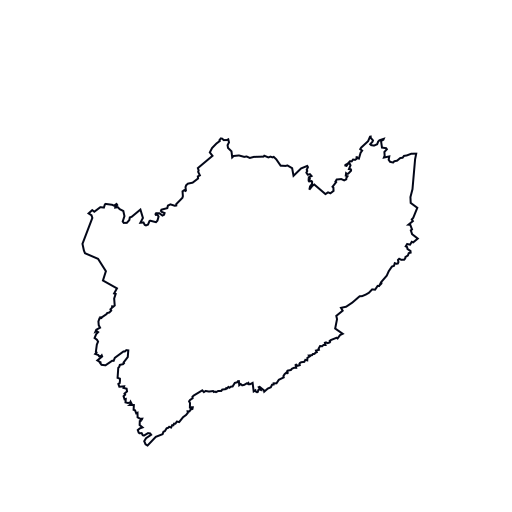 Nocupétaro, Michoacán, Mexico, rotated 240°
{"feature_id": "50627088B79738723822926", "entity_name": "Nocupétaro", "entity_type": "district", "adm_level": 2, "iso_a3": "MEX", "parent_name": "Mexico", "parent_adm1": "Michoacán", "projection": "equal_earth", "projection_center": [-101.218, 19.078], "detail": "fine", "context": "isolated", "style": "outline", "palette": "ink", "viewbox_px": 512, "rotation_deg": 240, "n_neighbors": 0, "source": "geoboundaries", "source_scale": "gbopen_adm2", "svg_char_len": 6062}
<svg xmlns="http://www.w3.org/2000/svg" viewBox="0 0 512 512"><g transform="rotate(240 256 256)"><path d="M264.5,445.9L266.9,441.7L267.7,436.8L268.7,434.2L267.8,432.1L268.7,429.9L268.0,425.8L268.9,423.2L268.4,421.5L270.5,419.2L273.0,419.0L275.6,421.2L277.3,416.0L278.6,417.6L281.9,419.2L283.0,422.7L284.3,422.6L286.9,419.3L293.1,421.8L293.0,424.4L293.6,425.2L294.5,420.8L294.0,419.0L292.2,416.8L292.6,413.4L294.4,411.2L295.7,410.8L296.7,414.0L297.6,415.1L301.0,414.4L302.1,415.0L302.3,414.4L299.4,410.5L297.3,401.3L296.4,399.7L294.2,400.6L293.1,398.2L288.9,393.8L290.2,392.8L292.0,392.8L289.9,391.8L289.7,389.9L291.0,388.3L290.1,386.2L291.1,384.8L290.1,381.6L290.2,379.0L289.7,378.6L288.8,379.4L289.9,382.0L289.4,383.3L287.3,383.2L284.8,380.0L283.8,381.4L283.0,381.4L282.3,380.9L281.2,377.0L281.7,375.7L282.6,375.4L280.7,373.9L279.3,375.1L278.5,373.4L277.3,372.5L277.4,370.2L280.0,368.3L281.9,364.1L280.7,362.0L279.9,362.3L277.7,356.9L276.5,357.2L273.6,355.7L273.1,351.8L275.1,350.2L274.9,347.1L288.8,342.2L288.6,339.9L286.8,335.4L289.2,337.6L290.4,340.5L292.2,341.7L293.1,341.6L294.0,339.3L294.8,339.2L296.0,339.9L295.4,340.5L296.0,341.3L297.7,341.2L297.5,344.1L299.9,343.6L300.5,341.5L303.0,341.3L304.0,342.9L305.3,343.0L307.0,345.4L308.4,345.4L309.3,338.8L306.7,328.6L314.0,331.2L318.7,328.5L319.2,326.7L321.9,322.5L329.6,321.9L333.0,320.9L333.1,319.7L334.8,318.2L335.2,316.0L338.7,313.3L338.3,312.2L342.9,303.7L344.0,299.7L346.9,297.6L347.7,295.4L351.6,291.5L353.8,286.6L353.3,284.7L358.9,287.1L363.6,285.8L366.2,286.8L367.9,289.4L370.9,290.3L371.0,288.7L372.5,286.0L374.5,285.4L375.4,284.3L374.6,282.3L373.7,282.1L373.2,278.0L371.5,272.0L368.8,267.8L364.5,268.4L361.2,249.6L358.8,249.1L357.8,248.0L353.9,247.7L354.0,245.4L352.1,244.6L351.2,237.8L352.7,233.2L352.2,230.9L350.9,229.4L347.7,228.0L347.6,227.4L348.9,226.8L348.7,224.7L344.4,222.6L343.2,221.4L340.8,212.9L339.6,212.2L340.1,210.8L343.5,207.7L343.7,204.9L341.8,203.1L343.4,197.3L342.6,196.2L341.2,196.5L338.9,198.3L337.7,197.0L337.8,195.2L341.3,193.7L343.0,190.9L342.5,189.9L341.7,189.8L340.9,191.3L338.8,191.3L335.9,188.3L335.3,186.3L339.5,182.0L339.5,181.2L337.2,178.2L337.5,176.0L338.6,175.2L341.3,175.3L342.6,172.5L345.5,177.1L354.0,179.1L352.1,167.9L352.5,166.0L350.5,164.3L349.3,160.7L350.8,158.0L352.5,157.8L356.3,162.0L361.3,163.6L364.7,161.4L367.4,160.7L368.3,158.3L369.2,159.0L369.6,161.3L370.8,161.2L370.6,158.2L372.3,157.0L376.3,151.8L376.2,150.9L374.0,148.5L376.1,145.6L375.2,138.1L377.6,137.1L376.6,132.3L373.5,133.9L370.8,133.3L353.3,111.8L346.8,109.7L343.9,109.3L332.5,117.8L317.9,118.4L311.3,111.2L297.5,119.4L294.5,114.4L293.3,115.5L290.1,111.9L283.8,108.9L283.4,106.9L284.3,106.3L283.0,105.0L282.6,103.3L281.1,103.3L280.4,100.7L281.0,98.6L280.4,97.5L280.0,92.1L280.6,90.6L279.7,90.6L280.2,89.2L278.1,86.8L274.7,85.2L271.9,85.1L272.0,80.8L270.7,79.1L270.6,80.4L269.0,81.2L268.3,78.6L265.7,75.2L263.0,76.4L260.8,76.4L258.9,73.9L253.2,69.5L252.3,69.7L251.6,67.8L249.1,69.9L247.6,70.0L246.8,71.9L247.1,72.7L245.9,72.5L244.9,66.4L241.8,68.1L241.6,67.5L239.0,67.8L236.6,71.0L237.2,79.1L236.4,80.3L238.4,82.8L239.6,93.5L238.9,94.6L239.3,96.6L238.1,98.2L232.6,94.4L230.0,88.1L229.2,88.1L228.8,86.8L229.8,83.6L228.4,82.2L228.0,80.8L219.7,75.2L217.8,76.8L216.1,75.9L214.1,74.4L214.0,72.8L211.1,72.3L209.1,76.6L208.0,75.3L205.8,77.6L203.2,76.6L202.6,73.3L201.3,73.3L200.8,71.2L197.6,70.5L197.3,71.7L194.5,69.8L192.8,71.5L191.9,73.7L192.5,74.5L190.4,74.4L190.1,72.2L188.0,75.7L184.0,73.1L182.8,74.1L179.6,73.6L179.5,75.0L175.5,72.8L172.8,74.4L172.0,76.1L171.4,75.3L171.6,74.3L170.8,73.7L171.1,72.8L167.8,70.7L164.3,72.0L164.8,69.2L164.4,66.6L161.7,66.1L160.7,66.5L159.8,68.4L157.4,68.3L156.5,69.2L156.6,73.9L155.3,75.6L153.6,75.8L153.2,69.7L151.5,66.6L148.1,66.2L146.1,67.3L149.5,78.8L148.4,86.0L150.1,88.0L149.9,89.5L151.5,92.5L151.1,93.9L151.5,95.4L149.9,96.7L151.4,98.8L150.7,99.8L151.8,101.2L151.1,102.4L152.2,104.7L150.6,106.4L152.9,112.3L153.3,116.0L154.3,118.6L155.7,119.1L154.7,120.6L155.7,122.7L155.3,124.4L156.6,125.6L157.1,124.8L156.4,123.8L157.7,122.9L161.6,125.3L163.6,125.4L164.3,126.9L164.5,130.0L165.9,130.6L166.3,132.3L166.5,142.3L164.2,142.8L164.3,144.9L162.1,147.5L160.5,151.3L159.3,151.5L159.1,152.7L158.1,153.3L158.0,155.7L156.5,158.5L157.2,160.0L155.8,163.3L156.5,164.2L155.8,164.9L156.4,166.6L155.2,167.2L155.4,168.9L154.7,170.5L156.7,174.2L156.0,176.7L156.6,177.8L156.2,178.6L152.5,176.9L152.8,178.7L150.9,179.4L150.3,181.3L150.3,184.6L149.4,185.0L149.7,185.9L148.5,185.7L147.9,186.8L147.8,189.6L139.9,186.3L140.0,188.3L138.9,188.0L137.5,188.8L137.4,189.6L138.8,191.0L138.9,192.1L138.0,192.9L141.0,192.8L140.9,193.7L135.7,195.7L134.4,195.3L135.3,199.9L134.9,203.2L136.5,205.5L135.9,207.0L136.9,207.6L135.5,210.1L137.4,213.9L137.0,219.3L138.3,219.7L139.4,221.7L139.9,224.2L138.9,224.4L138.9,225.0L140.7,225.5L140.9,226.2L139.8,229.2L140.4,230.6L140.2,232.9L139.1,234.9L141.8,235.8L141.8,236.5L140.1,237.1L139.6,239.3L140.9,239.7L141.4,240.6L141.4,242.0L140.2,244.9L141.4,246.8L140.0,248.2L142.1,249.6L142.2,252.4L143.3,252.2L142.1,255.0L142.7,256.1L142.0,257.7L142.5,259.1L142.3,260.5L144.1,260.7L143.3,263.6L144.5,263.9L146.0,266.5L144.8,268.0L145.2,270.0L144.2,271.7L146.4,272.3L146.2,273.4L144.7,274.5L144.3,276.6L144.6,277.3L145.6,277.4L145.8,278.7L144.9,284.9L143.8,285.4L145.5,289.3L145.3,292.2L153.6,288.3L160.8,294.6L164.0,295.6L165.3,303.7L168.6,303.7L167.0,308.7L167.5,316.1L169.3,325.6L168.2,327.8L167.7,331.8L167.7,335.4L169.0,339.9L167.3,342.3L169.3,346.4L168.4,347.6L169.9,349.9L169.2,349.9L169.5,350.9L170.9,351.6L173.6,359.4L176.5,363.4L178.9,368.4L178.5,370.6L180.4,372.6L179.0,373.8L178.6,375.1L179.5,376.3L181.6,377.0L182.0,378.6L180.1,379.9L178.7,382.4L179.3,384.0L180.4,384.9L180.5,387.8L182.1,389.7L181.6,391.6L183.1,392.3L186.3,390.7L188.3,391.3L189.5,390.5L190.8,392.9L188.8,395.1L190.4,398.0L189.2,398.9L190.2,404.8L196.8,402.1L200.8,402.9L201.0,404.4L205.9,405.2L206.9,403.7L207.8,409.3L209.8,409.2L210.4,411.2L217.1,419.8L224.6,416.5L229.8,419.2L235.6,424.9L260.3,442.2L264.5,445.9Z" fill="none" stroke="#020617" stroke-width="2"/></g></svg>